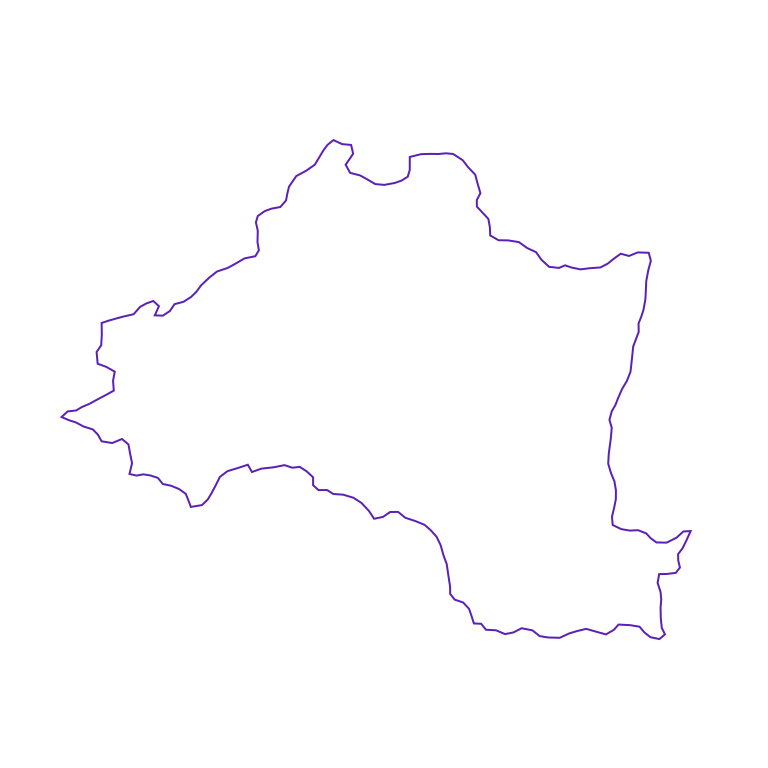 Itutinga, Minas Gerais, Brazil (orthographic projection), rotated 275°
{"feature_id": "56859067B50516220811290", "entity_name": "Itutinga", "entity_type": "district", "adm_level": 2, "iso_a3": "BRA", "parent_name": "Brazil", "parent_adm1": "Minas Gerais", "projection": "orthographic", "projection_center": [-44.715, -21.34], "detail": "fine", "context": "isolated", "style": "outline", "palette": "violet", "viewbox_px": 768, "rotation_deg": 275, "n_neighbors": 0, "source": "geoboundaries", "source_scale": "gbopen_adm2", "svg_char_len": 3139}
<svg xmlns="http://www.w3.org/2000/svg" viewBox="0 0 768 768"><g transform="rotate(275 384 384)"><path d="M612.4,389.9L599.5,391.0L592.6,389.6L588.2,383.8L585.2,377.2L582.4,367.0L582.4,357.8L586.3,349.7L589.7,342.0L591.4,331.8L599.1,326.7L610.7,333.2L619.3,330.4L619.3,321.3L622.6,312.4L617.3,306.9L611.5,303.3L604.7,300.0L596.5,296.0L589.7,287.9L583.5,278.5L572.4,272.2L565.2,271.1L558.3,270.4L551.3,265.3L548.8,256.4L545.7,249.9L540.3,243.6L533.8,242.3L525.7,244.9L514.4,245.6L506.3,247.7L500.1,244.7L497.0,234.2L490.9,225.5L486.1,218.4L481.5,207.8L474.9,200.8L466.5,193.3L459.3,188.9L453.9,184.2L448.4,177.1L445.3,168.4L438.1,164.4L432.8,157.7L432.4,149.7L441.9,153.0L446.6,146.9L443.5,140.2L439.6,134.3L431.7,128.5L427.9,116.8L423.5,105.1L420.2,97.4L408.5,98.6L397.9,98.9L390.8,94.9L379.2,97.0L376.9,105.8L372.8,114.7L363.6,113.8L353.9,115.4L348.5,107.4L342.8,98.6L338.4,92.0L334.7,85.0L330.8,79.6L329.1,71.2L323.0,65.7L320.6,72.9L318.9,80.3L315.4,88.6L313.4,97.9L308.7,103.3L302.3,107.7L301.5,118.4L306.4,127.8L301.5,134.7L293.0,137.0L283.2,139.9L272.2,138.3L271.2,145.4L273.0,152.0L272.6,158.8L270.8,166.9L265.1,172.4L264.1,180.8L261.4,189.2L257.3,196.1L250.8,199.4L244.7,202.3L247.5,213.2L253.6,218.5L260.4,221.8L268.2,225.1L277.1,228.6L283.5,235.6L287.6,245.8L291.7,255.4L284.8,260.1L289.0,269.2L291.4,281.3L294.5,292.0L292.6,300.0L294.1,307.2L290.3,314.5L284.9,321.5L277.0,322.2L272.6,328.0L273.4,336.6L270.0,343.1L270.2,353.0L268.0,363.5L263.5,372.0L256.3,380.0L248.9,385.9L251.5,394.6L257.0,401.2L257.8,409.2L252.6,416.9L250.2,427.2L247.2,436.7L242.4,443.3L236.3,449.8L228.3,454.5L218.5,458.2L210.0,462.2L198.5,464.9L187.9,467.5L180.7,468.2L175.3,473.3L173.3,481.8L167.5,488.3L160.1,491.6L153.3,494.4L153.6,501.7L148.1,507.0L148.4,517.1L145.4,526.4L147.8,534.6L152.7,542.4L151.5,553.4L146.4,561.1L145.8,569.8L146.5,581.2L151.5,589.9L154.6,597.6L157.7,606.7L155.8,616.6L153.9,626.9L159.1,634.4L164.8,638.6L165.2,650.2L164.5,659.7L159.1,665.2L155.0,671.5L153.9,680.6L159.1,685.7L165.2,682.0L174.5,680.2L185.4,679.0L193.4,679.0L201.0,677.6L209.7,673.9L218.6,674.7L219.4,682.3L221.3,691.1L226.9,694.8L233.9,692.5L240.1,691.8L246.5,695.8L254.3,698.8L264.2,702.3L263.2,695.1L256.4,688.8L250.6,679.4L249.9,669.2L253.7,663.0L258.1,658.2L260.5,649.8L259.4,641.7L260.1,633.0L263.5,624.1L271.6,622.7L281.2,624.1L289.4,625.0L298.3,624.3L307.2,622.0L314.8,618.0L324.1,614.3L333.7,614.0L341.4,614.3L349.2,614.7L360.2,614.7L368.0,611.7L376.8,613.3L383.3,616.4L390.0,618.3L400.0,621.7L408.2,625.7L417.7,628.5L430.8,628.8L443.2,629.0L450.6,631.1L458.2,633.2L466.4,632.3L473.4,634.4L480.3,636.0L490.9,637.0L499.9,636.7L509.5,636.3L520.7,637.4L530.0,639.1L537.8,636.3L537.2,625.3L532.9,616.9L534.4,608.5L529.0,602.2L523.4,596.4L519.0,589.5L517.3,578.9L515.3,569.7L516.4,560.6L518.0,554.1L514.9,548.2L515.1,538.3L521.6,529.9L528.6,524.0L532.0,514.6L537.1,506.1L537.9,495.3L537.2,485.6L541.2,476.9L549.4,475.8L557.5,473.6L563.4,467.1L568.8,461.1L575.3,460.4L582.5,463.4L591.0,460.1L600.5,456.6L607.0,449.2L613.8,442.9L619.2,432.8L619.2,425.4L617.9,418.5L617.3,410.4L616.2,400.9L612.4,389.9Z" fill="none" stroke="#5b21b6" stroke-width="2"/></g></svg>